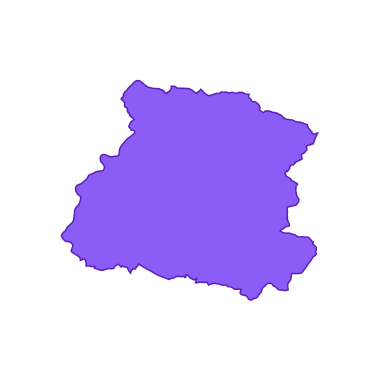 Hoghiz, Brasov, Romania, rotated 342°
{"feature_id": "2599482B55739363536318", "entity_name": "Hoghiz", "entity_type": "district", "adm_level": 2, "iso_a3": "ROU", "parent_name": "Romania", "parent_adm1": "Brasov", "projection": "orthographic", "projection_center": [25.347, 45.951], "detail": "fine", "context": "isolated", "style": "filled", "palette": "violet", "viewbox_px": 384, "rotation_deg": 342, "n_neighbors": 0, "source": "geoboundaries", "source_scale": "gbopen_adm2", "svg_char_len": 6030}
<svg xmlns="http://www.w3.org/2000/svg" viewBox="0 0 384 384"><g transform="rotate(342 192 192)"><path d="M291.6,231.4L290.9,230.4L290.7,229.8L290.5,226.1L291.0,224.9L290.9,223.4L292.4,219.3L293.2,218.2L294.8,217.3L294.8,216.6L293.1,214.9L292.4,213.9L290.6,212.3L290.1,211.5L290.1,211.0L289.6,209.5L286.7,206.3L286.4,205.8L286.6,205.2L286.3,204.5L286.4,203.5L286.2,203.4L286.4,203.0L286.3,202.8L286.8,202.2L288.2,201.9L288.7,201.2L289.1,201.6L289.2,201.1L289.6,201.5L289.8,201.4L290.9,200.9L292.1,199.6L292.3,199.1L292.2,198.8L292.7,198.1L293.4,198.0L293.4,197.7L293.6,197.4L294.4,197.0L295.9,197.2L296.8,197.6L297.8,196.9L298.5,196.2L299.3,196.3L300.0,195.5L300.8,195.3L301.9,195.5L302.9,195.1L304.2,195.2L304.4,194.7L305.2,194.9L306.9,194.6L307.6,190.0L310.7,189.6L314.4,187.2L314.9,183.7L316.3,183.5L318.5,183.7L321.9,183.4L322.2,183.7L324.0,181.2L327.4,177.1L329.7,174.8L324.4,174.4L324.2,173.8L324.7,171.9L323.9,171.0L323.6,169.4L322.4,166.9L322.2,165.9L322.5,163.6L320.0,161.8L319.3,161.0L316.9,159.4L316.7,159.1L314.4,158.4L313.4,157.4L312.4,157.2L310.0,154.8L308.6,154.0L307.3,153.6L306.1,152.8L303.8,151.9L303.3,151.4L303.1,150.6L302.5,150.1L300.4,146.4L298.2,144.6L297.1,143.0L296.1,142.7L294.3,141.5L292.6,140.8L292.1,140.0L289.2,138.3L287.5,137.8L286.2,137.8L284.3,138.7L281.6,134.9L282.1,133.5L282.7,133.1L282.8,132.1L282.5,131.7L282.7,130.9L282.6,130.2L281.9,128.5L280.3,126.1L279.6,125.9L278.6,125.1L277.5,124.7L276.7,123.4L276.5,121.5L275.4,119.9L275.3,119.5L275.4,118.3L276.5,116.8L275.9,116.8L274.8,116.0L272.6,115.3L272.0,113.9L271.5,113.9L270.8,113.3L270.4,112.5L268.5,112.4L268.2,112.1L267.4,111.7L265.1,112.0L263.4,111.3L261.2,109.7L258.1,109.2L255.2,107.5L252.6,106.9L251.4,106.0L250.2,106.1L249.7,106.6L248.2,106.6L245.7,105.8L243.1,105.6L242.2,105.9L240.0,105.8L239.6,105.9L238.7,105.5L237.0,105.4L236.6,104.6L234.4,102.0L233.5,99.7L232.1,97.0L230.5,98.2L228.0,98.8L226.8,99.8L226.3,99.3L223.5,95.2L222.0,93.5L219.4,92.0L210.5,88.8L209.8,88.3L208.6,86.6L208.0,86.1L204.8,85.0L204.3,87.1L202.9,88.5L201.2,89.2L200.8,89.7L200.2,89.5L199.0,89.7L198.1,90.6L197.5,89.4L196.7,89.0L196.5,87.6L196.0,86.9L196.1,86.5L195.6,86.4L195.3,85.9L192.5,83.5L187.4,81.6L182.5,78.7L180.2,75.7L179.4,74.0L177.1,70.9L176.8,70.2L174.3,69.1L172.6,69.1L169.7,70.3L167.6,71.7L166.0,72.2L165.3,72.7L163.5,73.5L161.4,75.1L158.7,76.2L157.0,77.9L156.8,78.2L157.0,78.8L156.1,79.5L156.0,79.9L155.6,80.5L154.0,80.8L153.3,82.1L154.2,83.0L155.6,86.5L154.6,88.6L154.4,90.2L155.9,91.4L156.2,94.2L155.5,94.9L155.8,96.8L156.6,97.7L156.5,100.0L157.3,101.7L157.5,101.4L159.4,105.1L155.7,106.4L154.6,107.3L152.3,109.9L152.2,111.3L153.1,112.5L153.3,113.2L153.4,114.4L153.8,114.8L155.0,115.1L156.0,115.8L156.3,117.1L156.1,117.8L155.6,118.2L150.4,120.4L147.3,121.2L140.7,125.1L138.0,127.2L136.6,128.7L135.6,130.3L134.6,133.1L133.9,134.1L132.6,134.7L132.1,134.8L130.0,134.2L126.0,133.7L124.5,132.7L120.8,129.6L119.9,129.1L118.2,128.8L116.8,129.4L116.1,129.9L115.3,131.0L114.7,133.5L114.7,134.6L114.9,135.5L115.9,137.6L116.4,139.5L116.5,140.5L116.2,141.9L115.7,142.7L114.5,143.9L113.3,144.2L107.7,143.1L106.8,143.1L103.9,143.8L99.6,143.9L98.9,144.3L96.7,146.5L94.7,147.6L89.2,149.8L85.2,150.1L83.7,150.8L82.6,152.0L82.3,152.7L82.0,153.7L81.9,155.3L82.4,158.6L84.3,161.2L84.5,162.6L84.1,163.8L82.0,167.4L80.2,169.1L76.9,170.9L75.3,172.4L74.5,173.8L71.2,181.2L69.7,183.3L68.2,184.3L63.5,186.4L61.9,187.5L59.6,189.7L57.8,190.4L54.7,192.4L54.3,193.0L54.3,193.6L54.6,195.7L55.0,197.1L56.0,199.1L57.1,200.2L58.9,200.8L60.2,201.7L61.3,203.0L62.1,204.5L62.2,205.0L61.9,206.4L61.0,207.9L58.9,210.6L59.0,211.8L64.3,218.3L65.0,219.8L65.1,220.5L65.0,221.9L64.7,222.5L65.5,222.6L68.0,222.1L69.3,223.3L69.5,223.7L69.4,227.5L68.5,229.2L68.4,229.7L72.1,230.8L72.6,231.5L73.2,231.9L75.2,232.2L75.9,232.9L76.5,233.2L75.6,234.3L81.4,238.5L81.9,238.3L82.3,238.7L82.9,238.5L83.6,239.1L84.6,238.7L86.5,239.0L87.0,238.6L88.0,239.0L88.8,238.9L89.8,239.3L91.2,240.1L93.6,240.4L94.4,240.2L94.8,239.5L95.8,238.8L97.8,238.4L99.3,237.8L100.2,238.8L100.9,240.6L101.6,241.5L102.8,240.7L104.4,242.3L106.9,243.4L107.5,247.3L108.5,250.2L109.6,248.4L112.0,246.7L112.3,246.6L113.1,247.3L114.2,247.7L115.6,246.5L117.7,245.3L118.8,243.9L122.6,248.3L124.0,249.6L125.0,251.1L127.5,253.5L134.1,260.8L143.2,268.1L145.7,267.7L148.4,268.2L150.4,267.4L151.3,267.8L153.8,268.2L154.4,268.8L156.3,269.4L157.7,269.5L158.7,271.0L159.6,271.2L159.9,270.9L160.1,270.4L160.2,268.8L161.1,269.1L161.6,269.4L162.9,271.1L163.3,272.3L164.1,273.7L166.9,276.3L169.8,275.6L169.5,276.3L168.7,277.1L167.9,278.5L167.1,279.3L167.4,279.6L170.8,280.1L172.9,280.7L175.2,281.7L178.4,282.5L178.9,285.6L181.7,285.4L184.8,285.7L186.0,286.2L187.5,287.2L189.3,287.9L190.6,289.0L192.4,290.1L194.0,290.6L195.3,290.6L196.7,293.0L199.1,293.9L200.9,295.6L202.4,297.6L207.2,299.1L208.5,299.8L208.2,300.6L206.7,302.4L206.6,303.3L206.7,303.9L207.9,305.3L210.7,306.9L211.6,307.7L212.2,308.8L212.7,311.4L214.5,313.0L215.6,313.0L217.7,312.5L218.4,312.7L219.0,312.4L220.2,312.6L221.2,312.4L223.7,310.7L224.9,309.6L226.5,308.9L229.2,305.4L230.3,304.5L232.0,304.2L233.8,303.1L236.0,302.3L238.4,303.1L239.8,304.4L240.1,305.8L240.4,306.4L242.3,308.3L243.7,311.2L244.5,311.9L250.7,314.8L253.1,314.9L254.0,310.8L254.5,309.5L255.1,308.6L257.4,307.0L258.8,305.7L261.6,300.5L262.1,300.4L265.5,301.7L267.9,302.4L270.6,302.8L271.5,302.7L277.3,298.8L279.1,297.1L280.9,295.8L284.0,293.9L285.8,292.1L287.2,291.2L290.1,290.2L291.3,289.2L291.0,287.8L291.1,287.1L292.2,285.6L293.0,283.4L292.9,282.7L292.4,281.4L291.6,280.2L290.9,278.5L292.0,276.9L290.9,276.1L289.4,272.1L288.8,271.1L284.1,269.1L279.9,267.8L278.9,267.3L276.5,264.4L271.7,261.1L269.1,260.4L266.7,259.1L265.1,257.9L263.7,256.2L265.3,255.6L266.0,254.8L266.7,255.3L268.8,254.8L270.9,253.8L271.6,253.9L272.2,254.3L273.9,254.3L274.6,253.0L274.5,251.2L274.2,249.9L274.3,247.4L273.9,246.4L274.8,246.3L275.2,244.3L275.6,242.6L276.7,240.7L276.6,239.6L277.0,238.1L277.3,238.0L277.6,235.9L287.2,236.6L288.5,235.4L290.3,234.3L291.6,231.4Z" fill="#8b5cf6" stroke="#5b21b6" stroke-width="1.5"/></g></svg>